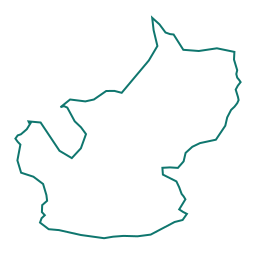 the border of Nuvara Ĕliya
{"feature_id": "LKA-2450", "entity_name": "Nuvara Ĕliya", "entity_type": "District", "adm_level": 1, "iso_a3": "LKA", "parent_name": "Sri Lanka", "parent_adm1": "", "projection": "orthographic", "projection_center": [80.707, 7.013], "detail": "fine", "context": "isolated", "style": "outline", "palette": "teal", "viewbox_px": 256, "rotation_deg": 0, "n_neighbors": 0, "source": "natural_earth", "source_scale": "10m", "svg_char_len": 1157}
<svg xmlns="http://www.w3.org/2000/svg" viewBox="0 0 256 256"><path d="M104.1,238.2L80.9,235.0L59.0,230.1L48.7,229.2L40.0,222.6L41.6,218.2L44.8,215.2L41.9,212.1L42.2,205.1L47.1,200.8L46.4,195.1L43.1,184.0L33.4,176.7L21.1,172.7L17.4,160.4L20.4,144.6L17.7,141.8L15.4,138.6L17.7,135.4L20.9,134.3L26.8,129.2L30.5,123.2L29.1,122.8L28.5,121.4L40.6,122.5L59.5,150.8L71.8,158.1L80.9,148.3L86.0,134.1L81.0,127.3L74.7,121.3L67.3,107.6L64.0,106.1L60.5,107.2L70.1,99.5L85.3,101.4L93.9,99.5L106.2,91.0L114.4,90.9L121.7,92.8L148.8,60.5L157.4,46.0L153.6,30.1L152.2,17.8L159.5,24.4L165.5,32.5L170.0,34.1L173.6,34.5L183.3,49.8L198.8,51.0L216.9,48.3L234.4,51.9L234.0,59.6L237.2,70.2L236.3,74.0L237.2,77.6L239.1,79.9L240.6,82.1L237.8,85.7L235.7,89.6L238.0,97.1L238.6,100.1L237.2,103.2L234.5,106.7L231.1,109.9L227.2,117.4L225.3,125.7L215.9,139.7L200.0,143.1L192.3,146.8L185.6,152.9L183.6,161.4L177.9,167.9L170.0,167.4L162.4,167.8L162.9,174.6L176.4,181.4L179.2,187.3L181.6,193.9L183.7,196.5L185.4,199.3L179.2,209.4L183.0,211.9L186.9,213.9L182.6,220.0L174.6,222.0L150.7,234.6L137.5,236.3L123.5,235.9L113.0,236.7L104.1,238.2Z" fill="none" stroke="#0f766e" stroke-width="2"/></svg>